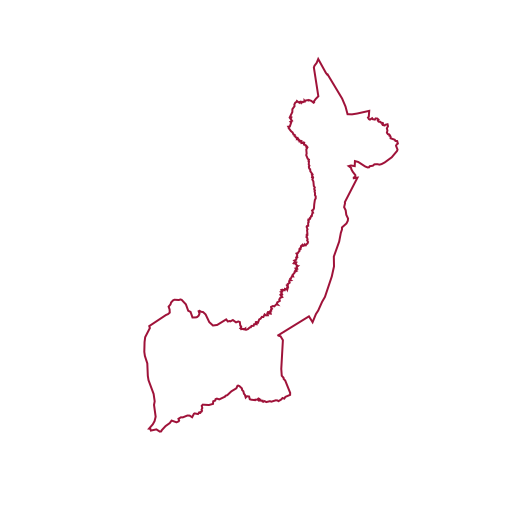 the district of Kilombero, Morogoro, United Republic of Tanzania, rotated 149°
{"feature_id": "72390352B25590445201102", "entity_name": "Kilombero", "entity_type": "district", "adm_level": 2, "iso_a3": "TZA", "parent_name": "United Republic of Tanzania", "parent_adm1": "Morogoro", "projection": "mercator", "projection_center": [36.337, -8.562], "detail": "fine", "context": "isolated", "style": "outline", "palette": "rose", "viewbox_px": 512, "rotation_deg": 149, "n_neighbors": 0, "source": "geoboundaries", "source_scale": "gbopen_adm2", "svg_char_len": 6123}
<svg xmlns="http://www.w3.org/2000/svg" viewBox="0 0 512 512"><g transform="rotate(149 256 256)"><path d="M171.4,232.1L168.6,234.5L167.6,236.2L161.7,237.3L159.2,238.9L157.8,240.7L157.4,244.8L155.6,249.0L155.3,252.5L152.5,255.4L152.1,256.4L128.7,270.9L132.1,272.3L131.8,272.9L129.9,272.9L129.2,274.2L129.7,278.4L129.6,281.3L129.1,282.5L130.2,285.3L128.0,284.7L125.1,282.2L122.3,286.4L119.9,283.9L116.3,276.5L114.7,274.4L113.4,273.8L112.3,274.4L109.3,273.2L107.3,273.6L104.7,272.2L103.1,270.7L101.0,270.1L97.5,269.9L88.8,270.7L81.0,273.4L79.9,274.3L79.2,278.4L77.9,279.2L76.5,279.3L75.8,281.8L77.2,282.8L77.2,284.2L80.0,287.6L79.2,288.9L79.1,290.4L79.6,290.5L79.3,291.7L80.2,292.5L80.3,294.3L78.7,295.9L78.1,298.0L76.0,299.3L75.4,301.2L77.7,301.9L78.5,301.6L79.9,303.0L79.9,303.9L79.0,304.1L78.8,304.7L80.4,306.2L80.3,307.0L81.7,308.0L81.8,309.4L80.8,309.7L81.2,311.3L82.6,312.3L83.9,311.7L85.5,313.2L85.5,314.3L88.1,314.2L88.7,315.1L88.7,317.0L87.6,317.3L84.2,322.1L95.9,326.0L100.8,328.0L104.5,330.4L102.3,338.0L101.1,346.6L101.1,374.7L101.5,374.7L101.8,376.9L101.2,392.8L104.5,390.3L107.8,389.0L109.3,387.8L120.3,360.8L123.8,359.9L126.5,358.8L127.0,357.8L127.7,357.7L128.7,360.5L130.4,362.5L130.9,362.3L131.5,363.0L133.7,363.8L134.4,363.4L134.5,364.2L134.9,363.6L136.7,363.7L137.1,364.4L138.4,363.9L138.4,365.1L139.3,365.0L139.1,365.5L140.4,365.8L141.1,367.8L142.1,367.2L143.4,367.2L145.1,366.1L145.8,364.6L149.2,363.1L150.7,360.7L155.1,357.8L154.2,356.7L154.5,356.4L155.8,356.7L155.5,353.3L157.3,353.3L157.0,352.4L160.3,349.6L161.7,350.2L161.7,349.2L162.1,348.8L161.7,344.9L161.0,343.0L161.3,340.9L160.5,339.9L161.1,339.1L160.6,338.4L160.9,337.3L159.9,336.2L160.5,335.4L159.7,335.4L160.0,334.6L159.5,334.5L159.3,333.3L159.7,332.9L158.7,332.0L159.2,331.7L158.4,331.3L159.0,331.0L158.4,330.4L158.9,329.4L157.4,328.6L156.9,329.0L156.3,328.3L157.5,326.8L156.5,325.6L156.6,324.9L156.1,324.7L155.9,322.8L156.9,322.7L156.8,322.1L158.1,321.3L159.8,317.8L161.0,316.6L161.6,312.7L161.0,311.3L162.1,310.4L161.9,309.8L163.7,307.2L163.7,305.9L164.8,305.2L165.3,303.5L164.9,302.5L165.8,300.6L165.5,296.9L166.3,296.8L166.5,294.9L167.0,295.1L167.5,294.6L166.9,293.6L168.3,292.5L168.4,290.4L170.4,286.2L170.3,284.5L171.6,283.5L171.7,281.9L172.4,281.5L173.1,279.3L174.1,277.9L174.1,276.4L175.2,274.6L176.6,273.8L179.4,270.4L181.7,267.1L182.9,266.2L184.5,266.1L184.8,263.7L185.5,263.8L187.7,261.5L188.3,261.8L190.3,260.2L190.6,260.6L191.5,259.9L192.3,260.3L193.1,259.3L192.9,258.8L193.4,257.9L194.2,257.6L195.7,255.0L197.0,255.4L197.6,254.9L198.1,252.3L198.9,251.9L200.6,248.3L201.4,248.3L201.8,247.9L201.5,247.2L203.0,246.3L202.8,245.1L203.3,243.6L204.1,243.1L204.2,241.2L205.4,240.2L207.4,240.0L207.8,239.5L208.4,239.8L208.4,240.6L209.0,240.2L209.6,240.7L210.1,240.3L211.1,240.8L210.7,241.6L212.4,241.3L212.9,240.3L214.2,239.9L213.8,239.6L214.3,238.9L215.6,238.9L216.3,237.8L217.1,237.8L218.3,237.0L220.0,237.3L220.0,236.0L220.7,234.8L221.2,234.7L221.3,233.6L221.9,233.6L221.7,234.1L222.5,233.8L222.4,233.2L223.5,232.1L225.3,232.3L225.1,231.9L225.9,231.0L226.8,230.6L225.5,230.1L226.3,229.7L225.4,229.3L226.2,228.8L225.7,226.7L226.1,226.3L225.4,225.8L227.0,225.5L227.2,224.0L228.3,224.6L228.1,223.6L229.5,223.4L229.0,222.3L231.2,222.4L231.6,221.8L234.4,220.9L234.7,219.4L235.6,220.1L237.7,218.8L238.4,218.9L239.0,218.0L238.7,217.3L239.9,217.8L240.7,217.1L240.9,215.8L243.3,215.6L243.5,214.9L244.6,215.0L244.6,213.3L243.8,212.8L245.4,212.9L245.4,212.1L246.5,211.1L246.4,211.9L247.4,212.0L248.1,212.9L249.1,211.9L250.8,213.6L251.8,213.8L251.8,212.1L253.1,212.3L252.8,211.5L253.3,210.9L253.4,209.4L254.0,209.3L254.5,210.4L255.1,210.2L254.7,207.3L256.6,207.7L258.4,206.8L258.7,205.3L261.7,205.3L262.7,204.3L262.5,203.2L263.4,204.1L266.3,203.4L267.2,204.4L269.3,204.6L269.7,203.8L269.5,202.5L270.7,202.3L271.2,201.2L272.2,201.4L273.1,199.0L274.2,199.9L274.1,201.5L274.6,201.8L276.0,200.9L276.4,199.1L278.1,200.0L278.7,201.5L281.1,199.9L282.3,200.8L284.4,199.9L285.9,200.0L288.8,197.7L289.4,198.1L289.5,199.1L290.2,199.4L290.7,198.7L290.8,197.3L292.7,198.5L294.0,197.4L295.9,198.4L297.1,197.6L298.2,198.0L300.5,197.5L302.6,197.9L303.2,198.8L302.8,199.3L304.0,199.2L304.1,199.8L306.3,200.9L306.0,201.4L306.5,202.0L305.6,202.3L305.6,202.9L305.0,203.3L305.3,204.5L303.9,207.7L304.9,209.0L307.3,209.4L308.8,213.0L311.7,213.2L312.2,213.9L313.9,214.4L314.2,217.0L324.8,216.9L328.7,218.6L330.1,223.4L329.3,231.9L330.2,235.1L332.0,236.7L332.6,238.1L333.6,238.2L334.1,235.7L335.9,234.4L337.8,234.0L339.1,234.3L342.1,236.0L340.9,241.8L342.3,244.0L341.0,250.7L342.3,256.7L343.2,257.7L344.8,258.0L348.4,260.5L349.9,260.7L352.7,259.9L354.3,258.5L357.0,257.6L357.6,254.7L359.1,251.9L361.3,251.5L363.6,251.8L383.6,250.9L384.1,248.9L392.8,243.5L395.8,239.7L401.1,231.4L402.7,227.6L404.5,219.9L410.5,208.9L412.1,204.9L414.8,190.5L417.7,183.6L420.1,180.9L424.8,169.9L428.0,166.7L431.1,164.9L436.6,163.1L435.6,162.3L436.0,160.5L430.7,158.7L428.9,155.0L427.6,154.5L426.6,155.2L421.1,156.8L416.0,157.2L413.1,158.4L409.8,154.4L407.4,154.1L406.6,154.6L406.3,156.4L403.4,156.4L401.9,155.4L397.0,154.6L395.1,153.4L393.8,150.7L390.5,152.7L389.7,152.7L387.1,150.4L385.8,150.9L385.1,150.5L385.1,151.1L383.0,150.6L382.0,151.1L381.9,152.2L380.3,153.4L379.7,155.5L378.2,156.0L373.1,152.5L369.0,151.4L367.5,153.5L365.4,153.1L364.4,154.1L363.0,153.9L361.3,152.0L355.0,151.4L354.1,151.9L352.3,151.5L346.8,152.7L341.0,152.7L338.7,154.3L338.0,154.1L337.2,153.0L336.3,149.8L336.9,148.3L336.5,146.5L337.3,144.1L337.0,142.9L337.7,140.0L336.0,140.5L334.3,139.1L335.1,136.4L334.1,135.3L331.0,132.9L330.6,133.2L328.8,132.2L327.3,132.6L326.9,132.0L328.2,131.1L328.0,130.5L326.4,130.3L326.6,129.7L324.9,128.6L325.3,127.9L324.9,127.3L323.4,127.2L322.4,125.5L318.9,124.4L317.8,123.2L313.3,122.1L312.0,121.1L311.5,120.0L308.4,120.0L306.4,120.6L305.2,119.2L303.4,120.1L298.3,119.4L297.2,121.1L295.1,134.2L295.6,136.4L295.1,137.4L295.6,140.1L292.5,146.2L276.3,170.0L276.3,174.5L277.8,176.2L277.8,176.6L241.7,177.0L241.6,170.1L234.5,175.4L230.8,177.2L222.9,182.7L218.0,185.4L201.6,199.4L194.5,206.9L189.6,215.4L177.3,225.5L171.4,232.1Z" fill="none" stroke="#9f1239" stroke-width="2"/></g></svg>